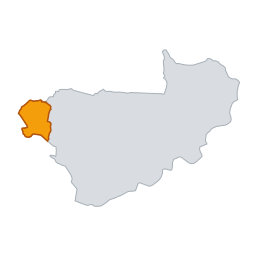 Tapoa highlighted on a map of Burkina Faso, rotated 182°
{"feature_id": "BFA-2878", "entity_name": "Tapoa", "entity_type": "Province", "adm_level": 1, "iso_a3": "BFA", "parent_name": "Burkina Faso", "parent_adm1": "", "projection": "albers", "projection_center": [1.792, 12.114], "detail": "fine", "context": "in_parent", "style": "filled", "palette": "amber", "viewbox_px": 256, "rotation_deg": 182, "n_neighbors": 0, "source": "natural_earth", "source_scale": "10m", "svg_char_len": 4571}
<svg xmlns="http://www.w3.org/2000/svg" viewBox="0 0 256 256"><g transform="rotate(182 128 128)"><path d="M196.7,164.2L189.5,164.4L186.9,165.2L185.4,165.2L185.3,164.5L185.1,164.2L176.1,161.9L169.8,160.6L163.4,159.1L163.0,160.4L162.1,161.3L160.7,161.4L159.8,161.1L159.1,162.2L158.1,163.5L156.6,164.2L155.1,165.0L154.3,165.8L153.7,165.8L152.2,164.0L150.3,163.8L146.6,164.1L145.0,163.6L142.8,163.3L137.5,163.6L129.1,162.8L127.7,163.2L127.3,163.5L119.0,163.5L109.8,163.4L102.1,163.4L95.4,163.4L95.4,163.1L93.2,163.0L92.9,163.6L90.9,170.6L90.6,174.4L91.6,176.8L92.7,178.3L94.0,179.0L94.1,179.8L93.1,180.9L93.1,182.1L94.3,183.2L94.6,184.5L94.0,185.8L94.1,188.8L94.9,193.8L94.9,196.9L94.0,198.4L94.3,200.9L95.9,204.4L96.2,205.9L95.6,206.5L94.2,207.4L92.8,207.4L91.2,205.2L90.5,204.3L89.2,202.1L88.2,199.9L86.7,198.9L85.2,198.0L83.4,195.3L81.7,193.9L79.9,194.3L77.2,193.7L71.8,192.9L65.9,193.0L63.5,193.6L61.1,194.5L55.0,196.6L52.6,197.6L50.7,200.3L48.6,200.2L46.6,199.3L45.3,198.0L42.5,198.2L39.9,197.0L37.4,194.5L35.5,193.7L33.1,191.9L32.5,188.6L31.0,186.2L29.7,183.0L27.6,181.5L25.2,180.7L21.9,180.8L19.7,179.4L18.1,177.5L18.6,175.9L19.4,173.6L19.6,171.4L20.2,167.8L20.0,163.3L19.4,160.1L21.3,158.9L23.5,157.7L24.9,155.6L26.4,150.9L27.0,146.8L26.6,145.2L26.0,144.0L25.5,142.2L25.2,140.0L25.6,138.1L27.3,136.4L29.3,134.9L30.8,134.3L34.6,133.6L39.3,132.7L42.1,131.5L44.1,130.3L45.2,129.3L46.4,127.3L48.3,125.8L49.7,124.3L50.0,119.9L50.1,117.4L49.0,116.0L48.5,114.8L55.6,111.5L55.7,109.1L54.8,106.4L53.4,104.1L53.0,102.3L54.9,100.1L56.7,98.5L58.0,97.1L60.8,95.0L63.6,94.5L66.2,95.4L73.7,100.6L75.0,100.9L76.6,100.6L78.7,99.3L81.3,98.3L82.3,94.9L82.3,89.9L83.0,87.6L84.4,87.2L88.7,88.3L89.9,88.4L91.1,88.1L92.1,87.2L92.1,85.6L91.9,84.2L93.4,79.6L96.1,76.1L101.4,71.9L103.1,71.0L105.0,70.6L114.4,73.7L115.9,73.0L118.3,65.7L120.9,65.0L123.9,64.9L125.9,64.3L127.0,63.8L131.5,61.0L139.4,57.3L143.7,55.7L144.5,55.1L147.6,52.4L151.7,49.4L154.2,48.8L157.8,48.6L160.0,49.1L160.6,50.0L161.4,50.4L166.0,49.2L172.6,51.3L178.4,53.4L178.0,54.7L177.9,57.0L177.4,60.7L176.8,65.1L179.2,67.9L182.0,71.0L182.8,72.2L182.0,75.2L182.5,77.0L184.0,80.0L186.6,83.7L189.2,87.6L191.0,88.1L192.7,88.4L193.8,89.1L195.3,89.8L196.8,90.2L198.2,91.1L199.0,91.9L200.1,94.3L203.1,95.8L205.2,97.4L204.3,98.2L201.7,97.9L199.3,97.2L199.0,98.3L198.9,102.7L199.2,106.3L199.8,106.8L202.3,107.5L208.1,112.2L213.4,116.6L215.1,117.8L218.1,118.2L221.3,118.4L222.7,118.0L225.9,115.8L227.6,115.5L229.2,115.6L230.0,115.9L231.5,117.8L233.0,120.5L233.4,122.6L233.2,123.7L232.8,124.1L230.2,124.6L229.0,125.0L228.7,125.6L229.2,127.0L229.7,127.9L232.5,131.9L236.6,137.3L237.9,138.7L237.2,140.3L235.1,144.5L233.5,146.2L226.6,152.2L223.2,151.5L216.1,152.7L215.0,151.3L213.3,151.1L211.3,151.4L210.5,151.9L210.3,152.5L209.6,153.3L208.2,155.7L207.2,156.3L206.0,156.6L204.4,156.6L203.5,156.9L203.5,158.0L203.2,159.1L202.1,159.6L201.7,160.7L201.8,161.8L201.2,162.3L199.8,162.1L199.0,161.7L198.3,163.2L197.3,164.2L196.7,164.2Z" fill="#d9dde1" stroke="#a8b0b8" stroke-width="1"/><path d="M237.9,138.7L236.9,141.4L236.6,142.1L235.5,143.3L235.2,144.1L235.2,144.6L235.2,144.9L235.1,145.2L234.7,145.6L233.2,146.4L231.2,148.1L227.6,151.8L227.5,152.0L226.7,152.3L225.7,152.2L224.5,151.8L223.8,151.4L223.5,151.4L223.2,151.6L222.7,151.4L222.2,151.5L221.1,152.0L220.6,152.0L219.4,151.9L218.9,152.1L218.4,152.3L217.1,152.6L216.7,152.8L216.1,153.0L215.5,151.9L215.1,152.0L215.1,151.8L215.2,151.4L215.2,151.2L212.6,151.0L212.1,150.9L211.6,150.6L211.5,151.0L211.2,151.2L210.8,150.8L208.9,149.2L206.7,147.8L205.9,146.6L206.1,144.2L205.8,143.8L206.3,143.5L206.9,142.4L207.2,141.2L207.6,140.1L207.9,138.8L207.9,137.3L208.6,132.7L208.7,131.8L207.9,131.5L206.9,131.4L205.7,130.7L205.1,129.2L205.4,128.0L205.6,126.8L205.1,123.9L205.1,122.4L205.6,121.2L206.3,120.1L206.9,117.5L207.1,116.9L207.3,115.9L207.0,115.1L206.8,114.4L207.0,113.9L208.0,112.1L208.7,112.7L210.9,114.6L212.4,115.9L214.3,117.5L215.1,117.9L216.0,118.1L218.8,118.4L222.3,118.7L222.8,118.6L223.3,118.3L223.6,117.8L223.9,117.3L224.4,116.6L224.6,116.2L224.9,116.0L225.1,116.1L225.3,116.2L225.6,116.0L226.1,115.4L226.4,115.3L229.0,115.5L230.1,115.8L230.9,116.7L231.0,117.2L231.1,117.4L231.4,117.7L231.7,117.9L232.2,118.2L232.5,118.5L232.6,118.9L232.7,119.3L233.0,121.0L233.1,121.3L233.3,121.8L233.5,122.0L233.8,122.4L233.9,122.6L233.8,123.0L233.9,123.8L233.7,124.1L233.3,124.2L231.7,124.3L231.2,124.1L230.8,124.5L230.6,124.6L229.0,124.9L228.6,125.3L228.6,126.1L229.1,127.1L230.3,128.7L232.3,131.6L234.3,134.4L236.5,137.4L237.9,138.7Z" fill="#f59e0b" stroke="#b45309" stroke-width="1.5"/></g></svg>